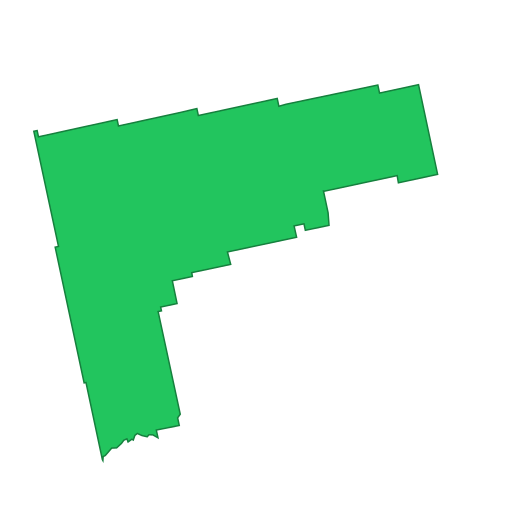 outline of Rosebud, Montana, United States of America, rotated 258°
{"feature_id": "52423323B43348892660501", "entity_name": "Rosebud", "entity_type": "district", "adm_level": 2, "iso_a3": "USA", "parent_name": "United States of America", "parent_adm1": "Montana", "projection": "robinson", "projection_center": [-107.061, 46.02], "detail": "fine", "context": "isolated", "style": "filled", "palette": "green", "viewbox_px": 512, "rotation_deg": 258, "n_neighbors": 0, "source": "geoboundaries", "source_scale": "gbopen_adm2", "svg_char_len": 961}
<svg xmlns="http://www.w3.org/2000/svg" viewBox="0 0 512 512"><g transform="rotate(258 256 256)"><path d="M405.7,309.5L405.6,289.2L405.4,228.8L412.5,228.8L412.1,208.6L411.8,148.5L418.3,148.5L418.1,115.8L417.8,68.0L424.2,68.0L424.2,64.6L306.4,64.8L306.4,61.4L167.6,61.5L167.6,63.4L88.8,63.4L87.8,63.7L91.6,64.8L92.2,67.1L98.1,74.9L97.3,79.8L100.7,85.5L103.3,88.4L104.0,91.7L100.7,92.2L102.6,96.5L101.5,97.7L105.7,100.2L107.1,103.0L104.1,107.1L101.8,112.0L103.4,114.1L102.5,117.9L98.6,122.3L106.5,122.3L106.2,145.7L109.1,145.7L114.0,145.7L117.0,149.0L222.0,148.7L222.0,152.1L225.9,152.1L225.9,168.9L249.2,169.0L249.2,189.5L253.1,189.7L253.1,229.5L265.9,228.9L265.9,288.5L265.9,290.7L265.9,299.6L277.5,299.5L277.5,309.6L270.9,309.6L270.8,333.8L283.3,335.5L305.5,335.5L305.2,336.3L305.3,410.8L298.0,410.5L298.1,450.6L367.4,450.6L389.8,450.6L389.7,410.7L397.9,410.7L398.2,316.9L397.7,309.5L405.7,309.5Z" fill="#22c55e" stroke="#15803d" stroke-width="1.5"/></g></svg>